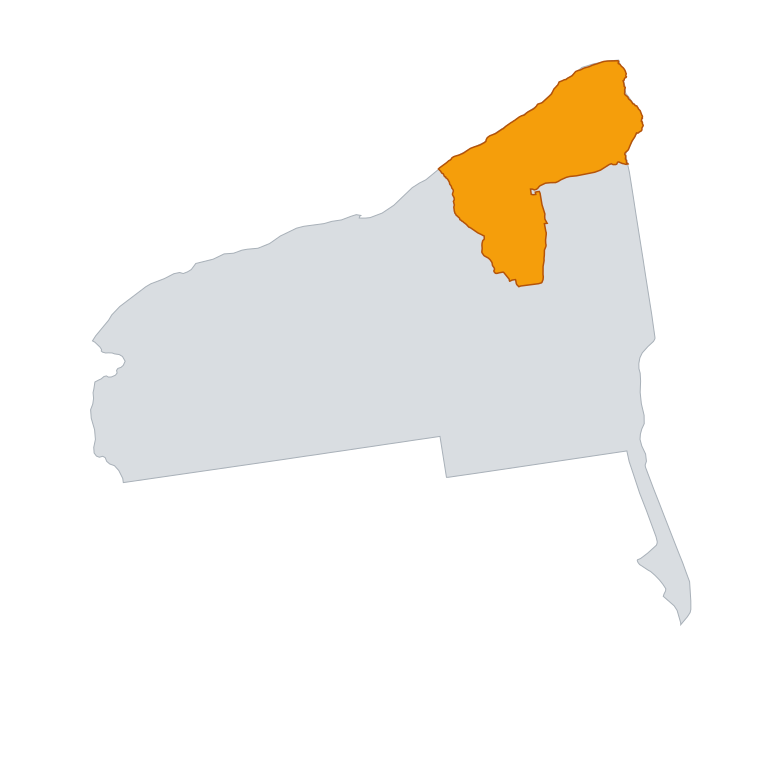 Kunene on a map of Namibia (Natural Earth projection), rotated 81°
{"feature_id": "NAM-3347", "entity_name": "Kunene", "entity_type": "Region", "adm_level": 1, "iso_a3": "NAM", "parent_name": "Namibia", "parent_adm1": "", "projection": "natural_earth1", "projection_center": [13.973, -19.069], "detail": "fine", "context": "in_parent", "style": "filled", "palette": "amber", "viewbox_px": 768, "rotation_deg": 81, "n_neighbors": 0, "source": "natural_earth", "source_scale": "10m", "svg_char_len": 7902}
<svg xmlns="http://www.w3.org/2000/svg" viewBox="0 0 768 768"><g transform="rotate(81 384 384)"><path d="M589.5,121.0L598.5,119.0L607.1,117.0L617.1,115.1L625.1,113.5L627.1,113.1L646.3,114.9L654.7,116.2L657.6,117.4L661.3,120.7L668.2,128.6L666.4,128.3L653.5,129.9L648.5,132.1L637.4,141.4L635.1,140.2L632.5,138.3L630.3,137.7L625.4,139.9L620.6,142.6L615.2,146.4L610.8,150.1L609.3,152.1L602.3,159.8L600.1,161.0L598.1,161.5L597.3,161.2L596.5,157.9L592.4,150.2L585.8,140.1L583.8,139.1L582.5,138.8L577.4,139.2L562.8,142.1L550.5,144.5L531.7,148.6L511.4,151.9L498.9,154.0L488.1,154.6L488.0,164.5L487.8,184.7L487.6,204.9L487.4,225.1L487.2,245.3L487.0,265.5L486.8,285.7L486.6,306.0L486.3,326.2L486.2,335.0L485.9,336.9L479.7,336.9L465.7,336.9L454.0,336.9L444.5,336.9L444.4,348.9L444.2,363.1L444.1,377.3L443.9,391.5L443.8,405.7L443.6,420.0L443.5,434.2L443.3,448.4L443.2,462.6L443.0,473.3L443.0,474.6L442.8,495.4L442.5,517.5L442.2,539.5L441.9,561.6L441.6,583.7L441.3,605.8L441.0,627.8L440.7,649.9L440.6,656.9L436.4,656.8L427.9,659.5L422.5,663.0L420.1,667.4L417.0,670.0L413.1,670.9L411.4,673.1L411.8,676.6L410.2,679.3L406.8,681.1L401.2,680.6L393.6,677.7L383.9,677.0L372.0,678.5L363.5,677.8L358.3,674.8L352.8,673.1L347.0,672.7L343.7,671.4L336.8,669.2L335.5,665.4L334.7,662.5L332.8,659.4L332.6,656.9L334.1,655.1L334.4,652.1L333.3,647.9L331.4,645.9L328.7,646.0L327.0,644.4L326.4,641.1L324.8,638.6L321.0,636.1L315.9,638.0L313.5,640.9L312.1,645.4L310.8,647.7L310.1,651.4L309.8,654.1L308.5,657.0L307.2,658.1L305.8,657.6L303.2,658.7L297.5,663.0L295.8,665.2L291.3,661.2L277.9,646.0L273.2,642.1L266.1,632.8L250.7,604.1L248.5,598.5L245.6,584.6L242.2,574.3L241.9,568.4L243.5,565.0L242.5,560.5L240.8,556.4L235.5,551.0L234.0,533.2L230.5,521.6L231.3,512.1L229.6,503.4L229.5,497.9L230.2,487.3L227.4,475.1L221.6,463.2L216.4,446.0L215.7,438.5L216.2,418.3L215.2,410.1L215.3,400.4L213.2,390.3L212.4,384.9L213.9,380.5L214.7,381.9L216.2,382.5L217.2,376.8L217.5,371.7L214.9,359.1L209.0,346.3L194.5,325.4L191.0,317.4L188.9,310.8L172.7,283.2L165.8,263.7L160.9,246.9L155.6,239.2L131.1,184.6L125.6,175.9L115.8,165.5L113.5,162.1L109.7,152.2L102.3,138.9L100.5,126.5L100.0,112.4L100.8,101.6L107.5,100.5L112.2,97.6L116.4,97.4L120.6,99.7L125.0,99.9L126.7,99.5L134.7,99.8L139.2,97.2L144.6,94.7L147.7,92.4L152.1,90.1L157.9,87.7L161.2,87.9L165.2,88.8L170.6,89.7L173.6,91.3L177.2,96.3L182.8,100.8L186.9,103.6L191.6,107.1L193.0,108.5L195.1,109.3L196.4,109.5L205.1,109.0L213.1,108.5L221.6,108.5L237.7,108.5L253.7,108.6L269.8,108.6L285.9,108.6L301.9,108.6L318.0,108.7L334.1,108.7L350.2,108.7L356.7,108.7L368.2,108.9L380.3,109.1L381.6,109.3L383.0,110.3L384.1,111.2L388.3,117.5L393.7,124.1L398.2,127.2L403.6,129.1L408.7,129.8L413.4,129.3L421.3,130.1L432.3,132.3L443.7,132.9L455.6,132.0L463.9,133.2L468.7,136.4L473.6,138.6L478.7,139.8L485.5,139.1L494.1,136.6L501.4,136.9L504.8,138.7L506.8,138.8L519.5,136.2L529.7,134.1L545.0,130.7L557.6,128.0L576.3,123.9L589.5,121.0Z" fill="#d9dde1" stroke="#a8b0b8" stroke-width="1"/><path d="M160.6,86.9L161.4,87.5L161.9,87.2L162.3,87.5L162.5,88.0L163.0,88.2L163.9,88.4L164.4,88.4L164.9,88.2L164.9,88.6L165.9,88.0L166.6,87.8L166.9,88.0L167.1,88.1L168.2,87.8L168.9,87.5L169.7,87.8L171.2,89.0L171.9,89.3L172.9,89.4L173.8,89.8L174.4,90.5L175.0,92.4L175.6,93.1L175.9,93.9L175.5,95.3L179.1,97.6L182.8,101.0L186.8,103.6L190.8,106.0L191.3,106.6L193.2,109.5L193.9,110.0L194.8,110.3L195.4,110.1L196.0,109.7L196.4,109.5L196.9,109.6L197.6,109.9L198.6,110.0L199.2,110.3L199.7,110.3L200.2,110.1L200.9,109.7L201.1,109.5L203.0,109.9L203.9,109.7L204.3,108.7L204.8,108.5L204.8,109.6L204.7,110.0L205.0,110.4L204.7,111.2L203.9,112.9L203.6,113.9L202.2,116.2L201.4,117.3L201.5,118.6L203.3,119.8L203.5,120.9L203.3,122.2L203.2,123.2L202.8,124.0L202.0,125.0L202.5,127.3L206.6,136.7L207.8,142.7L208.5,161.2L208.1,168.1L208.4,171.5L210.0,177.5L211.2,180.2L211.9,183.0L211.2,188.0L210.9,193.1L212.6,198.9L213.5,200.2L214.6,201.3L215.6,203.0L215.8,205.2L215.3,206.0L214.8,206.7L214.4,208.8L219.7,208.9L220.4,207.1L220.5,204.4L218.2,204.6L218.0,202.4L218.1,200.5L220.1,200.0L231.6,199.9L241.2,198.5L243.8,199.1L246.3,199.3L250.8,197.7L250.7,200.5L258.5,200.3L260.0,200.1L261.7,200.4L267.0,201.9L270.5,202.3L272.1,202.2L273.5,202.6L276.8,204.6L281.9,205.5L284.8,206.3L287.2,206.6L292.8,208.5L300.6,209.8L303.1,209.9L305.8,210.6L308.3,212.1L308.7,212.6L308.8,213.4L309.1,215.6L308.6,233.7L309.0,235.6L306.6,237.3L305.5,237.6L301.8,237.7L301.5,237.8L301.4,237.9L301.4,240.7L301.4,241.2L302.1,243.4L302.1,243.8L301.8,243.9L301.4,244.0L300.2,243.9L292.7,248.2L292.3,248.6L292.1,249.0L292.2,253.0L292.4,254.7L292.4,255.3L292.3,255.9L292.1,256.5L291.6,257.0L291.0,257.3L290.4,257.7L289.8,257.8L289.2,257.7L288.4,257.1L287.8,256.9L287.2,256.9L286.7,257.0L286.3,257.1L284.2,258.2L283.8,258.3L281.2,258.3L280.8,258.4L277.9,259.7L276.5,260.8L275.9,261.3L273.2,264.8L272.6,265.3L270.0,266.5L269.4,266.7L268.8,266.7L265.4,265.8L262.5,265.6L260.6,265.2L258.9,264.5L258.0,264.1L257.4,263.5L257.1,262.9L256.8,262.6L256.5,262.3L253.5,261.9L253.1,262.4L252.8,263.0L251.8,264.2L249.4,267.7L249.1,268.0L243.3,274.1L242.8,274.7L242.6,275.4L242.4,275.6L240.4,277.0L239.5,277.5L237.3,279.5L236.9,280.0L236.6,280.3L235.9,280.6L235.7,280.8L235.4,281.5L235.2,281.7L234.9,281.9L234.7,282.0L234.3,282.3L234.1,282.6L233.9,283.0L233.7,283.2L233.5,283.3L233.0,283.4L232.2,283.4L232.0,283.5L231.8,283.6L230.8,284.5L229.9,285.1L229.5,285.4L229.1,285.9L228.8,286.2L228.6,286.3L228.2,286.4L227.5,286.6L226.4,287.2L226.1,287.3L225.2,287.3L224.8,287.4L224.2,287.5L223.9,287.5L222.6,287.4L220.3,287.4L220.0,287.3L218.4,286.6L218.2,286.5L217.9,286.5L217.5,286.6L216.9,286.7L215.8,286.7L214.8,286.9L214.5,286.9L214.3,286.8L213.4,286.0L213.2,285.9L212.9,285.8L211.2,285.6L210.1,285.9L207.9,286.7L207.7,286.7L207.4,286.7L207.2,286.7L206.9,286.6L204.3,285.3L204.0,285.3L203.6,285.3L202.9,285.4L202.4,285.6L202.1,285.8L201.6,286.1L201.3,286.3L201.0,286.4L199.9,286.5L198.9,286.7L198.4,287.0L197.2,287.6L196.9,287.8L196.7,287.8L194.8,287.9L191.7,289.1L190.8,289.8L190.2,290.5L189.9,290.7L189.2,290.7L189.0,290.8L188.9,291.1L188.8,291.4L188.6,291.8L188.3,291.9L187.9,292.0L187.4,292.1L186.0,292.5L185.6,292.6L185.5,292.8L185.0,293.6L184.6,294.0L184.2,294.2L182.8,294.7L180.1,296.6L179.1,295.2L175.3,287.7L173.6,285.1L173.1,283.3L172.5,282.6L171.3,281.6L170.5,279.9L170.1,278.2L169.6,274.1L168.5,269.7L164.8,261.8L163.9,257.5L163.6,255.3L162.8,251.3L161.3,247.2L160.3,245.4L158.6,244.8L156.8,243.4L155.4,240.7L154.1,234.6L150.8,227.6L150.4,226.2L148.6,223.5L145.5,217.2L145.2,216.1L144.7,215.3L143.7,212.9L143.3,212.3L141.4,208.6L140.9,207.0L140.6,206.1L140.4,203.8L139.9,202.7L138.6,200.8L137.7,199.0L135.7,193.3L134.8,191.8L133.5,190.1L132.0,188.8L131.6,188.2L131.1,184.6L130.7,183.5L123.9,173.3L119.1,169.9L117.1,167.2L116.8,167.0L116.1,165.8L115.7,165.5L115.3,165.2L113.1,163.8L112.5,161.2L112.3,160.3L111.8,158.7L111.7,158.2L111.7,157.7L111.7,157.2L111.8,156.7L110.8,155.1L109.1,150.3L108.9,149.9L105.4,145.9L104.8,143.6L104.5,140.7L103.7,138.4L103.2,136.6L102.7,131.8L101.7,128.2L101.0,123.1L100.5,120.6L100.2,119.0L99.8,116.3L100.0,112.4L101.3,102.5L101.8,101.8L102.4,101.9L103.1,102.3L103.6,102.5L104.2,102.4L104.4,102.2L104.5,101.8L104.7,101.4L105.5,100.8L107.2,99.9L109.2,98.2L110.9,97.3L112.8,96.7L114.8,96.4L115.1,96.3L115.3,96.2L115.6,96.2L116.1,96.5L117.5,97.0L118.0,96.9L118.2,96.7L118.4,96.5L118.8,96.7L119.1,97.0L119.2,97.3L119.2,97.7L119.4,98.1L119.6,98.3L120.0,98.7L120.5,99.0L121.0,99.1L121.4,99.3L121.6,99.8L121.7,100.2L121.8,100.4L124.8,100.1L127.6,100.2L128.2,99.9L128.7,99.4L129.2,99.4L130.2,100.0L131.0,100.3L133.4,100.6L134.9,101.0L135.5,100.9L136.5,100.3L138.4,98.5L139.4,98.1L140.4,97.9L141.2,97.4L142.7,96.0L144.6,95.0L146.0,94.5L146.3,94.1L146.6,93.3L147.0,93.0L147.3,92.8L148.1,92.5L148.4,92.3L148.6,91.8L148.7,91.3L148.9,90.8L149.9,90.5L150.7,90.0L152.0,89.7L154.2,88.2L158.7,87.3L159.7,86.9L160.6,86.9Z" fill="#f59e0b" stroke="#b45309" stroke-width="1.5"/></g></svg>